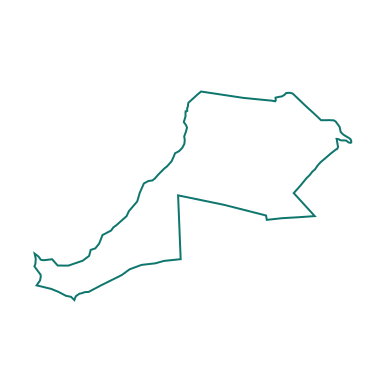 Geisan, Blue Nile, Sudan (Robinson projection), rotated 266°
{"feature_id": "16777658B89515248440242", "entity_name": "Geisan", "entity_type": "district", "adm_level": 2, "iso_a3": "SDN", "parent_name": "Sudan", "parent_adm1": "Blue Nile", "projection": "robinson", "projection_center": [34.705, 11.239], "detail": "fine", "context": "isolated", "style": "outline", "palette": "teal", "viewbox_px": 384, "rotation_deg": 266, "n_neighbors": 0, "source": "geoboundaries", "source_scale": "gbopen_adm2", "svg_char_len": 2176}
<svg xmlns="http://www.w3.org/2000/svg" viewBox="0 0 384 384"><g transform="rotate(266 192 192)"><path d="M159.4,312.7L161.6,311.0L180.7,295.9L183.8,293.4L190.4,300.2L197.9,307.3L200.5,310.4L203.9,313.5L205.4,315.5L206.0,316.3L206.8,316.9L209.8,319.3L212.7,322.3L215.9,326.7L216.8,327.9L220.5,332.8L224.2,338.3L224.9,339.9L226.9,340.9L228.6,340.6L234.1,340.1L234.6,340.1L234.9,340.0L234.9,340.3L234.4,342.0L233.6,343.2L233.4,343.5L233.2,344.1L233.0,345.1L232.9,346.9L232.7,348.5L232.5,349.5L230.6,351.5L230.0,353.3L230.3,354.3L231.9,354.4L233.6,353.8L235.1,352.1L237.4,348.7L239.1,346.5L241.5,344.5L243.0,344.3L246.6,343.8L249.1,342.3L252.2,340.3L253.6,338.4L254.1,334.0L254.3,330.4L254.6,325.8L255.2,325.2L258.8,321.9L260.7,320.2L269.8,311.5L283.1,299.4L283.4,298.8L283.5,298.5L283.7,297.7L284.1,296.9L284.1,296.5L284.2,294.9L284.1,292.8L282.4,290.9L281.1,288.4L281.0,287.2L280.8,285.2L280.3,281.9L277.4,281.9L276.7,281.3L277.4,278.4L277.6,277.6L279.6,265.7L282.3,249.8L291.6,208.0L287.9,203.0L287.8,202.9L286.0,200.7L283.9,198.0L282.6,196.3L282.2,195.8L281.7,195.1L281.4,194.7L281.1,194.6L280.4,194.4L279.2,194.1L277.6,193.9L276.1,193.1L274.6,192.9L273.2,192.9L272.4,191.3L272.5,191.2L272.1,191.1L267.9,190.8L265.2,189.8L262.3,188.7L259.1,190.7L256.6,191.5L252.7,190.2L248.0,188.1L244.2,188.4L240.5,187.7L236.9,185.5L233.9,182.3L233.2,180.9L231.8,177.8L227.4,175.6L224.0,173.7L219.4,169.0L217.1,165.7L216.5,165.0L211.2,159.0L208.2,156.1L206.3,153.3L206.0,149.3L203.9,144.6L194.8,139.8L186.4,136.7L177.3,127.7L172.4,125.0L166.9,117.8L163.8,113.8L162.2,111.1L159.2,108.6L155.3,99.7L151.4,97.9L146.9,95.7L142.5,91.6L141.3,86.9L135.4,84.9L131.1,78.2L127.2,63.6L128.0,52.9L134.7,47.7L134.3,40.3L134.5,37.8L135.1,36.3L136.4,35.6L138.4,34.3L141.5,30.7L136.1,31.5L131.0,30.7L128.8,29.6L120.0,35.2L117.9,35.2L114.3,34.2L109.7,30.5L105.1,44.9L101.7,51.8L97.2,59.1L95.9,64.0L92.4,67.1L96.1,68.8L98.4,72.6L98.7,74.9L99.6,78.2L99.5,81.8L105.3,94.9L114.0,116.0L119.3,124.5L122.8,136.6L123.4,150.4L125.2,159.1L125.8,176.0L189.6,177.9L177.1,222.6L163.4,264.2L159.0,264.7L159.6,280.4L159.4,296.7L159.4,311.1L159.4,311.4L159.4,312.7Z" fill="none" stroke="#0f766e" stroke-width="2"/></g></svg>